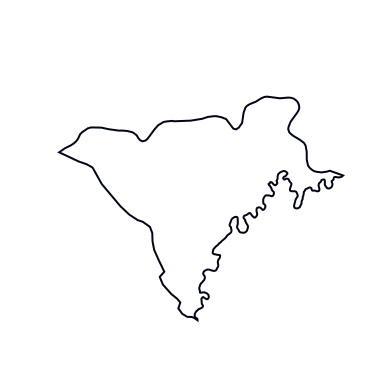 the district of Kim Hyong Jik, Ryanggang, North Korea, rotated 108°
{"feature_id": "82179303B57298285068990", "entity_name": "Kim Hyong Jik", "entity_type": "district", "adm_level": 2, "iso_a3": "PRK", "parent_name": "North Korea", "parent_adm1": "Ryanggang", "projection": "equal_earth", "projection_center": [127.249, 41.385], "detail": "fine", "context": "isolated", "style": "outline", "palette": "ink", "viewbox_px": 384, "rotation_deg": 108, "n_neighbors": 0, "source": "geoboundaries", "source_scale": "gbopen_adm2", "svg_char_len": 6031}
<svg xmlns="http://www.w3.org/2000/svg" viewBox="0 0 384 384"><g transform="rotate(108 192 192)"><path d="M179.7,317.9L182.3,319.4L184.9,321.5L189.6,326.3L195.3,330.6L198.0,309.2L198.1,301.0L199.5,294.1L212.3,280.3L227.7,255.6L232.9,244.6L235.5,235.0L235.6,229.5L238.2,221.2L243.3,217.1L250.9,214.4L258.6,210.2L266.2,203.4L276.4,193.7L282.7,196.5L289.1,191.0L295.5,180.0L298.1,173.1L300.7,169.0L307.0,169.0L310.9,163.5L312.2,158.0L311.0,153.9L311.0,151.2L312.3,147.1L311.5,147.4L310.9,147.9L310.7,148.4L310.4,149.7L309.9,150.5L309.1,151.1L308.2,151.4L307.5,151.6L305.7,151.5L304.4,151.1L303.6,150.7L302.6,150.1L302.0,149.9L301.5,149.5L301.0,149.0L299.7,147.5L298.5,146.5L297.2,146.3L296.9,146.4L296.6,146.6L295.4,148.0L293.9,148.7L293.5,148.9L292.5,149.2L291.2,149.9L290.0,149.9L289.0,149.5L288.8,149.4L288.5,148.9L288.6,148.3L289.1,146.7L289.3,145.4L289.3,144.6L289.1,144.1L288.6,143.8L288.0,143.6L287.4,143.5L286.7,143.6L286.1,143.8L285.0,144.4L284.2,145.6L283.9,146.2L283.9,146.6L283.8,146.9L283.6,149.2L284.3,151.1L285.1,152.6L285.2,153.1L285.1,153.4L284.8,153.5L283.5,153.9L283.2,154.1L282.9,154.5L282.5,154.8L280.8,155.5L277.4,155.5L276.5,155.3L275.3,154.8L274.1,154.1L273.5,154.0L272.1,153.3L270.4,153.1L269.2,153.4L268.2,154.0L267.8,154.4L266.9,155.6L266.4,156.0L265.9,156.2L264.9,156.3L264.1,156.1L263.4,155.9L261.6,154.2L261.2,153.6L260.7,152.6L260.5,151.5L260.5,148.2L260.4,147.5L260.1,146.3L259.5,145.4L258.8,144.9L258.1,144.7L257.4,144.7L255.1,144.2L254.1,144.2L253.0,144.6L251.3,145.6L249.8,146.0L248.1,146.0L246.8,145.4L245.7,145.3L244.4,145.4L243.8,145.6L243.6,145.7L243.5,146.0L243.5,146.7L244.0,148.7L244.0,150.3L244.3,151.2L244.3,151.8L244.1,152.7L243.7,153.4L243.5,153.5L242.7,153.7L240.5,153.9L239.7,153.8L238.8,153.5L236.7,152.6L233.9,150.8L233.7,150.8L232.1,150.1L231.3,149.3L229.7,148.7L225.7,146.2L224.6,145.7L223.8,145.5L222.5,145.0L221.5,144.5L220.6,143.7L219.8,143.3L219.0,142.7L218.1,142.4L217.5,142.3L216.3,142.6L215.7,142.8L214.7,143.5L213.7,143.9L213.2,144.4L212.7,145.4L212.4,145.7L211.8,146.1L206.8,146.0L206.0,145.9L204.5,145.3L204.1,145.0L202.7,143.8L201.9,142.2L201.9,141.6L202.1,141.0L202.6,140.6L203.2,140.3L208.1,138.6L210.8,138.5L211.9,138.1L212.2,137.9L212.6,137.3L213.9,135.8L214.8,135.0L215.4,133.8L215.4,133.3L215.3,132.4L214.9,130.5L214.7,130.1L213.9,128.9L213.2,128.4L212.6,128.1L211.7,127.8L209.5,127.8L208.3,127.9L207.3,128.2L206.8,128.6L206.2,129.1L205.2,130.4L203.7,131.8L203.2,132.4L202.3,132.7L202.1,132.9L200.8,134.8L200.4,135.1L200.0,135.2L199.2,135.2L198.5,135.0L198.2,134.7L197.6,133.8L196.9,133.0L194.6,131.2L194.4,131.0L194.1,130.5L194.3,129.7L196.2,127.2L196.7,125.9L196.9,125.7L197.1,125.1L197.0,124.5L196.8,124.2L195.8,123.5L194.8,123.2L194.1,123.0L193.2,123.1L192.6,123.3L189.9,124.9L188.2,125.3L187.3,125.3L186.9,125.0L186.2,124.1L185.9,123.7L185.8,123.2L185.8,122.4L186.0,121.6L186.9,119.8L187.1,119.3L187.1,118.9L186.6,118.3L186.0,118.0L185.3,117.8L184.1,117.6L182.8,117.8L182.2,118.1L181.8,118.6L181.2,119.6L181.0,120.4L180.2,120.9L177.4,121.9L176.3,122.0L174.3,121.7L172.8,121.1L172.5,120.8L172.2,120.3L171.5,117.6L171.4,116.8L171.4,115.4L171.3,114.8L171.0,114.3L170.5,113.9L169.8,113.7L169.3,113.6L168.2,113.6L166.7,114.2L166.4,114.8L165.7,116.3L165.4,116.6L163.6,117.9L162.7,119.1L161.9,120.0L161.9,120.3L161.5,121.0L160.9,121.5L160.4,121.6L159.7,120.7L159.0,120.8L158.7,120.7L158.2,120.0L158.1,119.5L158.2,119.1L159.4,117.1L159.7,116.3L159.9,115.5L159.8,114.8L159.6,114.6L159.1,114.2L157.7,113.6L157.3,113.6L156.8,113.8L155.4,114.9L155.1,115.0L153.5,114.7L152.1,114.9L151.2,115.3L149.9,115.5L148.5,115.5L148.1,115.4L147.5,115.1L147.0,114.7L146.3,114.4L144.4,112.4L143.8,111.6L143.6,111.1L143.5,110.0L143.7,108.8L143.9,108.2L144.6,107.1L144.9,107.0L145.2,107.0L147.0,107.5L148.1,108.1L148.9,109.0L149.7,109.5L150.1,109.6L150.6,109.6L150.9,109.4L151.2,109.2L151.5,108.7L151.5,108.0L151.5,107.6L150.5,106.8L150.2,106.3L150.0,105.6L149.8,104.9L149.9,104.5L150.0,104.1L151.6,102.7L153.2,100.2L153.7,99.9L154.1,99.8L158.8,99.8L159.6,99.6L160.2,99.2L160.4,99.0L160.5,98.5L160.5,97.8L160.1,96.1L159.5,94.6L159.6,93.3L159.7,92.8L159.9,92.6L161.7,91.0L162.7,90.4L163.5,90.2L166.6,91.0L168.0,91.1L169.7,90.9L171.3,90.9L173.9,90.6L174.7,90.1L175.0,89.8L175.4,89.3L175.4,88.1L175.3,87.6L175.0,86.7L174.6,86.1L173.3,84.9L172.7,84.7L171.8,84.7L170.5,84.4L169.2,84.3L168.8,84.4L166.9,84.9L166.3,84.9L165.0,84.6L164.6,84.6L162.6,85.1L161.5,85.0L159.3,85.2L157.4,85.6L155.6,85.0L154.5,84.9L154.2,84.8L152.8,83.1L152.2,82.7L151.5,81.8L151.3,81.3L151.2,80.7L151.5,79.7L152.9,78.8L153.4,78.0L153.3,77.1L152.9,76.4L152.7,75.7L152.7,73.8L152.7,73.1L152.3,72.5L152.2,72.2L151.7,71.6L151.2,71.4L150.6,71.5L149.2,72.1L146.6,73.7L144.6,73.9L142.2,72.6L140.7,72.5L139.9,71.7L139.5,71.0L139.4,70.5L139.4,69.8L140.2,69.2L141.4,68.7L143.6,68.1L144.7,67.4L145.3,66.4L146.4,65.0L146.6,64.2L146.6,63.7L146.4,63.0L146.1,62.4L144.9,61.2L143.8,60.7L142.5,60.6L141.1,60.8L140.3,61.3L139.6,62.0L138.9,62.4L138.5,62.5L137.9,62.2L137.4,61.8L136.7,61.4L136.0,61.3L135.0,61.5L134.6,61.5L133.9,61.2L133.5,60.5L133.4,60.3L133.2,59.5L133.2,59.0L133.0,57.7L132.2,55.7L131.7,54.9L131.2,54.3L129.6,53.4L129.2,67.5L130.8,69.8L133.3,74.7L134.3,79.9L134.4,82.6L133.7,85.0L132.7,87.5L131.0,89.8L125.9,92.8L118.1,95.4L112.8,98.3L110.7,100.6L109.0,105.6L107.3,113.0L106.4,115.5L105.1,118.0L102.5,119.9L100.1,120.3L94.6,119.9L84.1,116.5L81.5,115.9L79.0,115.9L76.2,117.2L73.7,119.4L72.5,121.8L71.7,124.5L71.8,127.0L72.5,129.8L75.7,137.3L78.1,150.1L79.3,152.6L81.6,155.2L86.5,159.3L90.4,164.0L93.0,166.3L95.2,167.3L100.7,167.4L110.8,165.7L116.2,167.3L118.8,169.4L119.0,172.2L112.1,182.1L111.8,187.3L112.4,192.5L113.3,195.0L115.7,200.1L119.2,204.9L124.5,215.2L130.1,230.4L130.6,233.1L132.9,238.3L134.3,240.8L139.1,244.9L144.0,247.0L154.9,250.6L157.5,252.2L159.1,254.8L158.8,257.2L157.4,259.7L155.2,262.1L154.2,264.7L153.6,267.2L154.0,272.6L155.3,277.9L156.2,280.5L158.0,290.5L158.8,298.2L161.8,308.0L163.6,310.7L169.0,314.9L171.5,316.2L176.9,316.9L179.7,317.9Z" fill="none" stroke="#020617" stroke-width="2"/></g></svg>